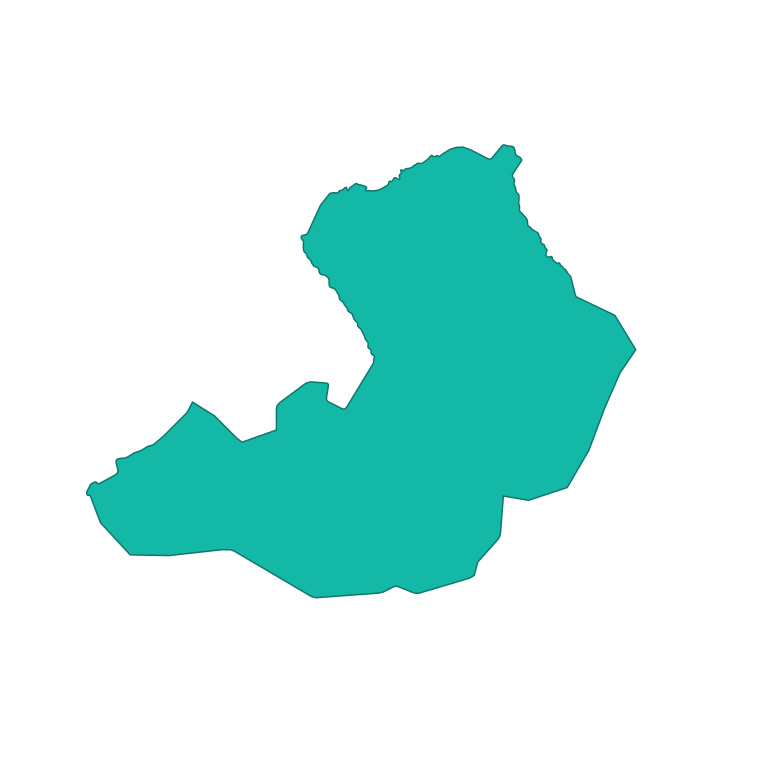 SVG path tracing the border of Guéra, rotated 208°
{"feature_id": "TCD-1474", "entity_name": "Guéra", "entity_type": "Prefecture", "adm_level": 1, "iso_a3": "TCD", "parent_name": "Chad", "parent_adm1": "", "projection": "natural_earth1", "projection_center": [19.056, 11.461], "detail": "fine", "context": "isolated", "style": "filled", "palette": "teal", "viewbox_px": 768, "rotation_deg": 208, "n_neighbors": 0, "source": "natural_earth", "source_scale": "10m", "svg_char_len": 5859}
<svg xmlns="http://www.w3.org/2000/svg" viewBox="0 0 768 768"><g transform="rotate(208 384 384)"><path d="M173.6,378.6L201.8,349.2L226.0,341.1L211.2,307.2L210.3,304.2L210.3,301.6L210.7,299.2L217.6,270.9L216.6,266.4L214.5,257.4L217.3,252.8L255.2,215.4L257.8,214.2L260.2,213.5L276.7,211.7L278.6,211.1L280.5,209.2L287.2,199.7L291.4,196.3L343.7,163.4L346.6,162.6L349.1,162.3L437.4,166.1L439.5,166.0L441.9,165.5L449.8,161.3L493.8,131.3L527.9,114.0L569.2,128.4L590.4,147.0L591.1,147.4L591.8,147.3L593.1,146.8L593.8,146.7L594.3,147.0L594.9,147.5L595.3,148.1L595.7,149.1L595.9,150.4L595.7,152.9L596.0,156.5L595.7,157.9L595.2,159.3L593.6,161.4L592.5,162.1L591.5,162.2L590.7,161.9L589.9,161.8L589.1,162.0L588.4,162.7L578.6,177.6L577.7,179.6L577.6,181.0L577.9,181.9L578.7,183.3L583.4,188.6L584.2,190.0L584.4,190.6L584.5,191.3L584.3,192.0L583.7,193.0L581.5,194.9L579.2,196.1L578.5,196.5L578.0,197.0L576.9,198.1L576.0,199.4L572.4,205.6L567.0,211.5L563.7,217.3L562.6,218.7L561.7,219.6L561.1,220.0L560.5,220.6L560.0,221.1L559.1,222.4L558.4,223.8L554.1,234.6L544.8,265.2L544.4,268.5L544.6,278.1L518.7,276.3L488.8,267.1L482.1,265.9L457.4,292.9L467.4,311.7L468.2,314.3L467.8,316.7L467.1,319.1L453.3,348.1L451.1,350.3L449.1,351.8L436.3,357.3L434.5,357.9L433.2,357.7L432.2,356.2L428.3,344.8L427.3,343.1L426.0,342.4L425.0,342.2L409.1,342.5L407.1,343.2L406.3,344.9L406.0,347.0L403.2,396.2L403.3,397.7L403.6,398.8L404.4,400.4L404.7,401.4L404.9,402.8L405.3,403.7L406.0,404.2L408.8,404.6L409.5,405.0L410.1,405.5L410.5,406.2L410.8,407.0L411.2,407.7L411.8,408.1L412.6,408.3L414.4,408.5L415.1,408.8L415.7,409.3L416.0,410.1L416.6,411.7L417.0,412.4L417.5,412.9L418.2,413.4L418.9,413.7L419.8,414.0L421.2,414.7L421.8,415.1L424.1,417.3L430.0,421.5L430.6,421.8L433.3,422.3L434.0,422.6L434.6,423.2L434.9,423.9L435.3,424.6L435.8,425.2L436.5,425.7L439.0,426.4L439.8,426.7L441.8,428.0L444.7,430.5L445.3,431.0L446.1,431.2L448.8,431.3L449.6,431.5L450.4,431.8L450.9,432.3L451.4,432.9L451.9,433.5L453.4,434.3L455.8,435.2L457.6,436.5L458.4,436.9L459.2,437.1L461.9,437.7L462.7,438.0L463.3,438.5L463.9,439.0L465.3,440.9L465.9,441.4L471.4,444.6L472.2,444.9L473.0,444.9L475.4,444.4L476.3,444.3L477.1,444.5L477.9,444.8L478.5,445.3L479.0,445.9L479.5,446.6L481.0,449.6L481.4,450.2L482.0,450.8L482.6,451.3L483.3,451.6L485.0,452.1L486.9,452.3L487.7,452.2L490.1,451.5L490.9,451.3L491.7,451.3L492.5,451.6L493.2,451.9L493.8,452.5L495.2,454.3L495.8,454.8L496.5,455.2L497.2,455.5L497.9,455.7L498.3,455.6L499.6,455.3L500.5,455.2L501.3,455.2L502.0,455.5L503.5,456.3L504.2,456.6L505.5,457.6L506.0,458.1L506.6,458.6L507.3,459.0L508.1,459.2L509.9,459.6L510.7,459.9L511.4,460.3L512.0,460.8L512.9,462.1L513.0,462.2L514.4,462.8L516.1,463.2L516.9,463.6L517.5,464.0L518.0,464.6L520.1,468.0L521.1,470.3L521.7,471.5L522.3,472.4L523.1,472.8L523.9,473.0L524.8,473.4L525.6,474.0L526.3,475.2L526.3,476.1L525.9,476.7L523.6,478.7L522.5,479.8L522.3,482.8L524.0,512.1L521.3,526.7L518.6,529.1L514.9,530.7L514.3,531.4L514.2,532.1L514.3,532.9L513.9,533.9L512.7,534.8L512.0,535.6L511.5,536.6L510.5,539.2L509.9,539.8L509.3,539.9L508.8,539.4L508.3,538.6L507.7,538.0L506.6,537.9L506.2,538.4L506.3,539.1L506.4,540.0L506.4,541.0L503.1,547.6L502.3,548.0L501.3,548.1L500.2,548.1L496.6,549.2L495.2,549.3L493.1,549.8L492.0,549.6L491.4,549.1L491.4,548.3L491.5,547.5L491.4,546.8L491.2,546.7L490.9,546.5L489.8,546.5L488.9,546.9L487.7,547.9L486.6,548.4L485.2,548.8L484.1,549.4L482.8,550.5L481.6,551.1L480.6,552.0L478.2,554.7L476.7,557.0L476.1,558.3L474.5,560.4L474.0,561.7L473.9,562.7L474.4,564.4L474.4,565.4L473.8,565.9L472.9,566.1L472.2,566.6L471.9,567.2L471.8,568.0L471.9,568.9L471.9,569.9L471.6,570.9L470.9,571.5L470.1,571.7L468.2,571.5L467.0,571.7L466.5,572.3L466.5,573.0L466.9,573.7L467.5,574.1L468.1,574.6L468.4,575.4L468.4,576.3L468.0,577.4L467.7,578.2L467.9,578.8L469.2,579.9L469.6,580.7L469.2,581.1L468.5,581.3L467.6,581.3L466.7,581.7L466.5,582.4L466.2,583.5L465.6,584.3L464.6,585.2L462.8,586.4L461.9,587.3L461.2,588.3L460.6,589.5L459.9,591.4L458.7,592.8L458.3,594.2L457.6,594.9L456.8,595.3L455.7,595.6L454.4,596.3L453.7,597.1L453.2,597.9L450.7,603.3L450.1,606.2L449.4,608.2L448.9,608.4L448.5,608.3L448.1,608.0L447.3,608.0L446.1,608.5L444.6,610.2L443.7,610.8L443.0,610.8L442.3,610.7L441.8,611.1L441.4,611.7L440.8,613.4L439.9,615.3L439.0,616.6L437.2,620.0L434.9,623.2L432.7,625.4L431.0,627.0L425.4,630.3L417.3,631.4L397.5,631.7L395.8,632.3L394.8,634.1L391.6,649.6L391.0,651.0L390.2,651.5L386.1,652.4L383.2,653.7L381.6,654.0L380.5,653.9L378.7,652.4L375.8,648.8L375.1,648.3L374.3,648.0L373.2,647.9L371.6,648.0L370.5,647.9L369.6,647.7L368.2,646.9L367.7,646.5L367.4,646.2L367.4,645.8L368.8,631.2L368.8,629.7L368.7,628.8L368.4,627.9L367.9,627.3L367.2,626.9L365.7,626.3L365.0,625.9L364.5,625.3L364.1,624.5L363.7,622.8L363.4,622.0L363.0,621.3L361.1,620.0L360.5,619.4L357.5,615.9L356.8,615.5L356.1,615.1L355.2,614.9L354.4,614.6L353.8,614.2L352.9,613.2L351.0,609.3L350.0,607.0L349.6,606.3L348.5,605.3L347.5,604.1L346.4,601.8L346.0,601.1L345.5,600.6L344.9,600.2L337.0,597.5L335.6,596.8L334.4,595.8L333.5,594.6L331.8,591.9L331.0,591.4L330.0,591.1L328.5,591.0L325.5,590.0L319.5,589.7L318.6,589.5L318.0,589.0L317.4,588.4L316.9,587.6L313.9,586.2L313.4,585.6L313.0,584.9L312.4,583.2L311.9,582.6L311.1,582.2L308.2,582.1L307.3,581.7L306.3,580.5L305.7,579.9L304.4,579.6L303.6,579.3L302.9,578.8L302.7,577.9L302.4,576.0L302.2,575.1L301.9,574.3L301.2,573.6L300.4,573.2L299.1,572.8L298.3,573.1L297.7,573.7L297.1,574.3L296.3,575.0L295.6,575.1L295.0,574.7L294.0,573.3L293.2,572.8L290.3,572.3L289.2,571.9L288.4,571.5L287.7,571.8L286.4,573.0L285.8,573.1L285.2,572.7L284.6,572.2L283.8,571.8L282.6,571.6L279.1,570.3L276.9,569.9L276.1,569.5L274.1,568.3L272.7,567.5L271.0,567.1L270.2,566.7L269.2,566.1L257.1,552.7L256.1,551.8L255.0,551.2L212.4,553.0L177.8,532.5L180.8,504.9L177.9,466.8L172.0,421.9L173.6,378.6Z" fill="#14b8a6" stroke="#0f766e" stroke-width="1.5"/></g></svg>